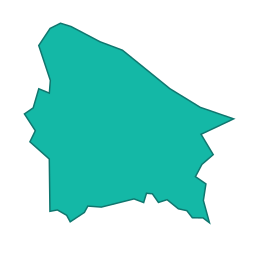 outline of Johnson, Kentucky, United States of America, rotated 5°
{"feature_id": "52423323B17100846991834", "entity_name": "Johnson", "entity_type": "district", "adm_level": 2, "iso_a3": "USA", "parent_name": "United States of America", "parent_adm1": "Kentucky", "projection": "natural_earth1", "projection_center": [-82.813, 37.852], "detail": "fine", "context": "isolated", "style": "filled", "palette": "teal", "viewbox_px": 256, "rotation_deg": 5, "n_neighbors": 0, "source": "geoboundaries", "source_scale": "gbopen_adm2", "svg_char_len": 645}
<svg xmlns="http://www.w3.org/2000/svg" viewBox="0 0 256 256"><g transform="rotate(5 128 128)"><path d="M232.4,109.7L198.1,101.1L166.3,85.2L115.7,51.0L92.5,44.5L62.5,31.9L51.6,29.5L41.7,35.6L31.9,53.6L46.5,87.4L46.6,100.1L35.7,96.7L31.8,116.2L23.6,123.0L35.9,138.8L31.5,150.3L52.3,165.8L57.5,217.8L64.8,215.8L74.5,220.3L78.6,226.5L91.9,215.9L94.8,209.3L108.4,209.1L140.2,198.1L150.1,200.9L152.1,191.4L158.0,191.4L164.8,199.5L173.2,196.0L185.2,204.1L193.8,205.2L199.9,211.8L210.5,211.0L217.4,215.3L209.4,193.6L210.5,176.9L199.4,170.6L204.8,157.8L215.2,147.1L201.3,127.9L232.4,109.7Z" fill="#14b8a6" stroke="#0f766e" stroke-width="1.5"/></g></svg>